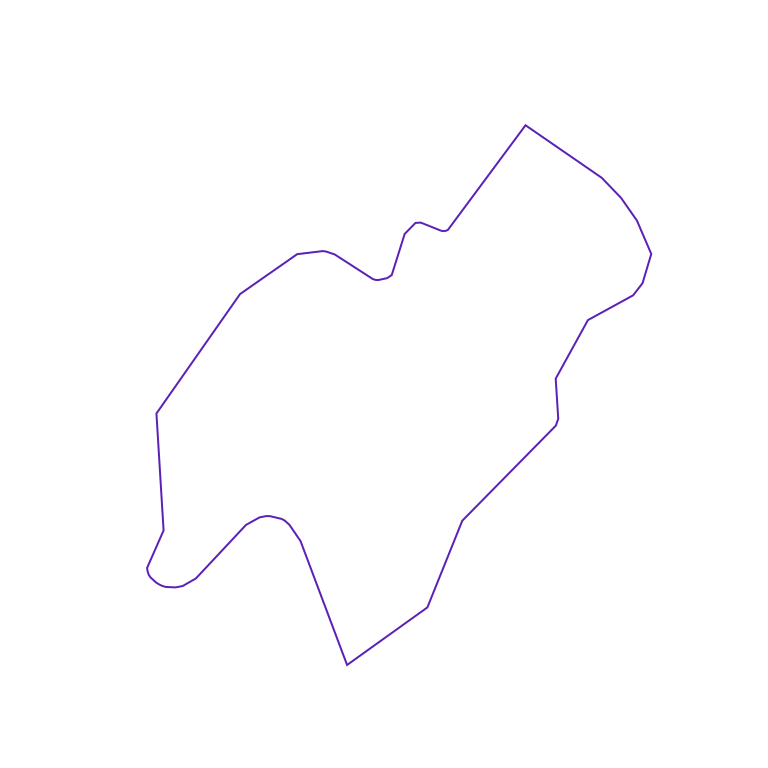 map outline of Ealing (orthographic projection), rotated 307°
{"feature_id": "GBR-2066", "entity_name": "Ealing", "entity_type": "London Borough", "adm_level": 1, "iso_a3": "GBR", "parent_name": "United Kingdom", "parent_adm1": "", "projection": "orthographic", "projection_center": [-0.328, 51.519], "detail": "fine", "context": "isolated", "style": "outline", "palette": "violet", "viewbox_px": 768, "rotation_deg": 307, "n_neighbors": 0, "source": "natural_earth", "source_scale": "10m", "svg_char_len": 793}
<svg xmlns="http://www.w3.org/2000/svg" viewBox="0 0 768 768"><g transform="rotate(307 384 384)"><path d="M620.1,529.8L604.8,529.6L557.8,508.4L491.6,517.9L461.2,544.0L454.3,546.3L321.9,528.8L231.7,553.1L137.4,523.6L208.3,411.9L214.6,393.3L215.2,386.7L214.6,383.3L209.8,372.4L207.7,369.5L202.6,364.9L188.5,358.6L115.5,350.8L101.5,344.8L96.1,339.9L90.6,331.9L89.3,328.4L88.6,325.0L88.3,321.4L89.0,314.1L90.0,311.0L92.0,308.1L94.5,305.5L134.4,296.1L223.5,220.0L369.2,214.9L435.4,236.5L453.4,255.2L455.1,258.4L457.8,266.7L461.1,312.0L462.0,314.5L463.5,316.8L470.4,322.8L475.7,324.6L516.3,310.2L531.6,312.2L535.0,316.2L540.8,337.4L541.8,339.4L543.8,341.4L545.6,342.3L675.8,341.3L679.7,433.8L675.3,461.3L666.7,487.7L648.7,519.2L620.1,529.8Z" fill="none" stroke="#5b21b6" stroke-width="2"/></g></svg>